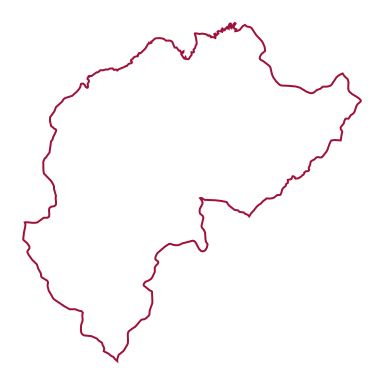 the district of Raman, Yala, Thailand
{"feature_id": "78962969B66156572835957", "entity_name": "Raman", "entity_type": "district", "adm_level": 2, "iso_a3": "THA", "parent_name": "Thailand", "parent_adm1": "Yala", "projection": "robinson", "projection_center": [101.443, 6.471], "detail": "fine", "context": "isolated", "style": "outline", "palette": "rose", "viewbox_px": 384, "rotation_deg": 0, "n_neighbors": 0, "source": "geoboundaries", "source_scale": "gbopen_adm2", "svg_char_len": 5764}
<svg xmlns="http://www.w3.org/2000/svg" viewBox="0 0 384 384"><path d="M342.6,73.5L340.3,74.5L338.1,75.9L336.5,77.3L331.2,85.2L329.6,86.0L327.2,86.6L322.7,86.7L320.5,88.7L316.9,90.0L314.0,92.4L312.3,93.1L310.6,93.2L306.5,91.7L300.2,87.8L295.9,86.5L288.1,85.8L281.3,85.5L279.6,84.8L276.3,81.6L273.2,77.2L272.3,75.1L271.7,73.1L270.4,67.4L269.5,66.0L263.5,61.3L260.7,59.8L260.1,59.3L259.8,58.4L259.8,57.4L260.4,55.8L261.7,53.8L265.1,51.0L264.8,47.9L264.3,46.0L262.2,41.5L256.3,35.2L251.6,28.1L250.1,27.1L246.6,26.4L245.0,24.9L242.6,26.3L239.8,29.8L237.4,30.9L235.3,31.2L235.4,30.3L236.2,29.2L234.2,28.5L233.8,27.3L234.1,25.6L235.6,23.7L235.5,23.3L234.8,23.0L234.0,23.7L233.8,24.8L232.6,26.9L231.5,24.4L230.5,23.5L229.8,23.7L230.2,25.0L231.4,25.9L231.1,27.8L230.2,27.0L229.6,25.5L229.0,25.2L228.6,26.1L228.9,27.4L228.8,28.4L227.8,27.3L227.1,27.0L226.7,27.6L227.0,28.5L225.5,28.4L224.9,29.0L224.8,30.1L223.9,30.5L223.4,30.1L222.5,28.4L222.2,28.5L221.5,29.6L221.5,30.3L222.2,31.3L222.1,31.8L220.7,31.3L218.3,31.1L217.5,31.7L217.6,32.4L218.4,33.5L217.4,34.5L216.5,34.7L215.3,33.6L214.4,33.9L214.3,34.5L215.7,35.6L215.1,35.9L215.5,37.0L215.3,38.0L212.9,37.0L210.9,37.3L210.6,36.9L210.6,36.0L209.0,35.3L208.6,35.8L207.8,35.6L206.6,34.4L202.1,33.6L199.5,34.0L195.9,33.3L194.9,33.5L194.8,34.0L195.6,36.1L196.4,40.4L196.7,43.0L196.5,44.4L195.8,45.3L195.1,47.9L193.5,49.8L193.9,51.2L193.8,52.1L193.1,52.5L191.8,52.1L191.5,52.2L191.6,54.9L190.1,56.8L189.1,58.6L188.3,59.2L185.5,58.9L185.7,57.4L185.5,57.0L184.7,58.3L183.9,58.3L181.2,54.1L181.3,53.7L182.9,52.9L183.5,51.8L183.5,51.3L181.9,52.2L181.0,52.3L180.4,51.7L180.1,50.6L178.7,50.5L176.6,47.5L174.8,47.6L174.2,46.6L172.4,42.1L171.6,41.3L169.9,40.6L165.9,40.6L163.8,38.9L161.8,38.4L159.9,38.1L156.1,38.3L154.8,38.7L152.0,41.4L151.2,41.6L151.4,42.8L149.6,43.4L149.0,42.8L148.6,43.7L147.5,44.5L147.2,45.6L145.3,48.6L141.0,52.8L140.1,53.3L139.4,53.0L138.9,53.2L138.6,54.1L138.0,54.6L138.1,55.5L137.7,56.3L136.7,56.2L134.0,57.2L132.5,59.1L131.3,59.7L130.9,60.9L132.0,62.0L131.6,63.1L128.6,63.9L126.8,66.0L126.1,65.9L123.9,67.2L118.5,69.3L117.4,70.5L117.0,70.4L116.8,69.8L116.0,69.5L113.9,69.9L112.6,68.4L109.6,68.6L108.1,69.5L105.6,69.5L102.6,70.4L101.4,70.1L99.5,70.7L99.3,71.3L97.8,72.3L96.7,72.3L91.5,76.0L90.2,76.0L89.6,76.5L89.3,76.0L88.7,76.1L88.5,76.8L87.8,77.5L87.5,79.0L88.8,80.3L88.9,81.3L88.8,82.1L88.1,82.9L87.6,84.4L88.0,85.8L87.9,87.1L87.6,87.7L87.0,87.8L86.3,87.0L85.6,86.8L84.8,85.0L83.7,84.1L83.0,83.6L81.8,83.6L81.0,84.0L80.2,87.2L78.9,89.3L77.1,91.4L72.2,95.8L65.3,98.0L63.9,98.9L61.8,101.9L56.0,107.1L54.3,111.5L50.3,116.9L50.0,118.2L50.0,121.0L51.0,125.5L51.3,126.3L52.8,127.2L54.0,128.5L55.5,129.2L56.0,129.7L56.2,130.6L55.3,132.9L53.2,137.0L52.5,139.7L51.6,140.6L51.0,141.7L49.5,152.6L46.8,156.1L46.2,157.4L44.9,158.2L43.6,160.8L43.3,161.9L43.4,170.1L43.9,173.5L51.1,180.9L53.0,184.1L54.0,186.3L54.0,188.8L56.0,196.1L55.6,197.6L56.1,202.9L55.9,204.7L54.5,206.1L50.9,206.8L49.3,208.3L49.0,210.3L49.3,214.3L49.1,216.5L47.5,217.7L43.6,217.8L37.4,222.4L35.1,222.8L32.3,222.8L26.6,222.2L24.8,222.4L25.4,224.1L25.2,226.8L24.0,232.3L23.2,239.1L23.5,240.0L27.1,243.1L29.4,246.4L29.4,248.4L27.6,250.9L27.3,251.9L27.7,252.8L28.7,254.9L32.2,259.8L36.9,264.4L38.2,268.6L40.9,273.5L41.2,276.5L41.8,277.4L47.0,280.5L47.9,281.8L48.0,283.2L47.6,284.8L47.7,286.7L48.8,290.8L51.8,295.8L52.8,297.9L54.0,299.3L64.2,306.2L69.7,309.3L75.0,309.2L79.4,310.8L81.4,311.1L82.8,312.7L82.3,315.4L82.6,319.4L82.4,321.5L81.6,323.4L81.1,325.5L80.9,330.3L81.3,332.8L82.6,334.6L84.2,335.4L91.6,336.2L97.1,338.7L98.4,340.3L102.1,342.9L102.6,345.0L103.7,346.9L104.2,349.0L103.8,351.3L108.1,353.4L111.5,356.1L113.4,356.9L114.7,358.8L117.2,361.0L117.1,359.7L118.6,354.9L123.5,351.0L127.1,345.1L127.8,343.5L128.0,341.6L127.8,334.2L128.1,332.4L129.1,331.0L132.6,328.4L135.2,326.8L141.0,320.1L142.1,319.5L144.5,319.2L146.4,318.0L149.1,315.3L149.4,314.6L149.7,310.5L152.3,303.2L152.4,301.9L152.0,291.8L151.6,291.2L149.8,290.4L143.8,285.6L143.6,284.7L143.8,283.9L145.4,281.8L148.3,280.7L151.2,278.8L152.5,276.8L154.8,271.9L154.8,267.4L155.9,265.7L157.8,263.7L158.3,262.6L158.1,261.5L155.7,259.7L155.3,258.9L155.5,257.1L156.2,255.2L157.5,253.0L165.0,246.6L169.1,243.9L171.1,244.0L172.8,244.7L175.4,245.2L177.8,245.2L180.1,244.5L182.3,243.4L192.8,240.7L194.3,241.1L195.6,242.4L199.0,248.9L201.0,250.9L202.8,251.4L204.5,250.8L205.4,250.0L206.8,247.7L207.6,244.3L206.2,242.2L205.5,239.8L205.1,232.5L203.6,229.6L201.9,227.6L201.6,226.6L201.6,225.4L203.4,217.8L202.8,216.0L200.1,213.6L199.7,212.7L199.6,210.5L200.0,208.5L202.2,204.4L202.6,202.8L201.9,200.7L200.1,198.2L201.2,197.9L201.9,198.1L204.4,199.8L215.6,200.3L220.9,200.9L226.2,201.9L227.1,202.5L227.8,204.0L229.2,205.7L234.1,209.5L234.8,209.9L238.0,210.4L239.6,211.9L243.8,212.5L245.1,213.8L247.7,214.8L249.2,216.4L251.2,213.2L253.6,210.7L256.6,206.8L258.5,205.0L260.8,203.6L263.1,201.1L266.7,198.4L269.4,198.6L272.5,198.2L274.2,197.5L277.1,195.1L280.2,194.9L281.1,193.6L282.2,189.5L283.1,188.1L285.6,186.0L286.2,184.0L287.9,182.8L287.8,179.9L291.3,179.1L292.6,176.3L293.2,176.2L294.6,176.9L295.1,178.3L295.5,178.6L298.4,178.3L301.2,176.5L302.4,175.2L303.4,174.8L304.2,173.5L304.2,172.7L305.8,171.4L308.5,170.9L309.2,169.7L308.7,168.1L308.9,167.2L310.1,165.1L310.6,161.9L311.7,160.8L314.4,159.4L316.4,157.4L318.2,157.1L320.0,157.5L322.0,157.2L326.5,151.6L327.5,149.7L329.5,143.9L331.1,140.6L334.1,140.0L340.7,140.4L341.7,133.9L342.3,131.9L341.6,130.3L340.8,129.3L340.6,127.9L340.9,126.9L343.8,123.4L344.4,120.8L345.5,118.7L348.5,118.7L350.7,115.3L353.4,113.4L354.5,111.8L356.4,106.1L357.5,104.2L360.4,101.8L360.8,100.9L360.7,100.2L359.1,98.5L357.0,97.0L352.0,94.0L349.2,91.5L348.4,89.6L348.2,88.2L348.5,82.2L347.7,79.2L344.4,76.1L342.6,73.5Z" fill="none" stroke="#9f1239" stroke-width="2"/></svg>